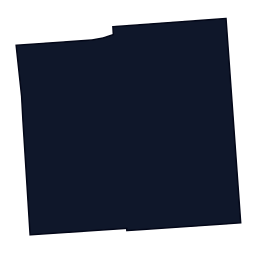 Morrill, Nebraska, United States of America, rotated 266°
{"feature_id": "52423323B72555091865360", "entity_name": "Morrill", "entity_type": "district", "adm_level": 2, "iso_a3": "USA", "parent_name": "United States of America", "parent_adm1": "Nebraska", "projection": "orthographic", "projection_center": [-102.933, 41.721], "detail": "fine", "context": "isolated", "style": "filled", "palette": "ink", "viewbox_px": 256, "rotation_deg": 266, "n_neighbors": 0, "source": "geoboundaries", "source_scale": "gbopen_adm2", "svg_char_len": 339}
<svg xmlns="http://www.w3.org/2000/svg" viewBox="0 0 256 256"><g transform="rotate(266 128 128)"><path d="M218.3,22.2L212.7,22.4L167.1,24.1L142.2,23.7L28.3,22.9L28.0,119.7L25.8,119.7L25.7,136.2L25.6,233.8L230.4,233.4L230.1,120.0L222.2,119.9L219.5,109.3L218.3,98.3L218.3,22.2Z" fill="#0f172a" stroke="#020617" stroke-width="1.5"/></g></svg>